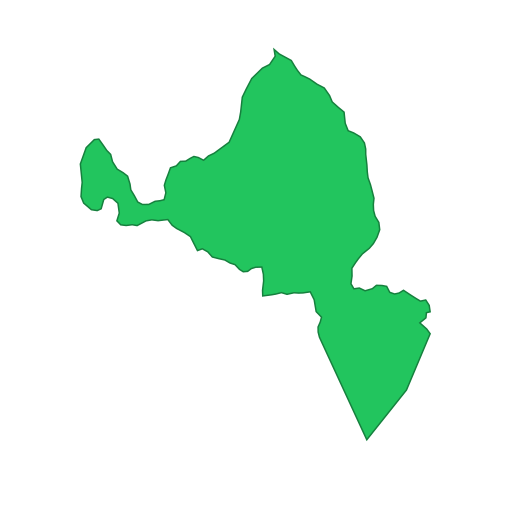 Tavares, Paraíba, Brazil (Equal Earth projection), rotated 170°
{"feature_id": "56859067B5341311253148", "entity_name": "Tavares", "entity_type": "district", "adm_level": 2, "iso_a3": "BRA", "parent_name": "Brazil", "parent_adm1": "Paraíba", "projection": "equal_earth", "projection_center": [-37.87, -7.587], "detail": "fine", "context": "isolated", "style": "filled", "palette": "green", "viewbox_px": 512, "rotation_deg": 170, "n_neighbors": 0, "source": "geoboundaries", "source_scale": "gbopen_adm2", "svg_char_len": 2238}
<svg xmlns="http://www.w3.org/2000/svg" viewBox="0 0 512 512"><g transform="rotate(170 256 256)"><path d="M178.8,55.8L131.1,97.9L98.0,149.2L100.6,154.5L106.3,161.7L99.4,165.6L98.0,170.6L94.2,170.8L94.0,177.3L96.5,183.2L101.9,183.0L105.7,186.3L110.6,190.8L116.7,196.6L121.5,194.7L126.1,194.5L130.6,197.0L132.6,203.4L137.1,205.1L142.5,206.2L147.1,203.6L154.6,202.8L159.8,206.5L165.3,206.7L167.3,212.2L164.9,219.6L163.7,227.3L159.2,232.1L155.7,235.5L150.9,239.6L146.9,241.8L143.1,243.9L138.3,247.8L133.6,253.4L129.6,260.4L129.2,267.7L131.8,274.4L132.3,280.3L131.5,286.4L129.8,292.4L130.3,299.3L130.9,306.4L132.1,313.6L131.8,319.5L131.0,326.3L130.3,337.0L129.4,342.3L129.6,348.5L132.6,355.2L138.4,360.2L143.5,363.4L145.1,371.2L144.3,382.4L149.5,388.5L154.2,394.5L155.7,401.2L159.6,409.6L166.1,414.6L172.4,420.9L176.9,424.2L180.3,426.5L183.0,431.6L185.0,436.3L187.3,442.4L191.3,445.6L198.0,450.9L202.3,456.2L202.4,449.4L209.4,442.2L217.1,439.9L229.4,431.5L236.7,422.0L241.9,414.8L246.1,400.4L248.7,393.3L262.7,372.7L279.3,364.5L285.4,362.8L291.0,359.4L295.7,363.0L299.9,364.8L303.8,363.6L308.8,361.6L314.0,362.3L318.8,358.6L324.9,357.7L328.0,352.3L331.5,346.5L334.0,341.5L333.8,333.9L336.7,327.4L341.0,327.1L345.9,327.4L352.7,325.4L359.0,326.5L363.1,329.7L365.3,336.4L367.8,342.9L367.6,348.7L368.6,356.9L372.4,361.1L377.6,365.6L380.9,373.7L381.5,381.3L384.6,385.8L387.2,391.5L390.5,398.4L395.0,398.7L404.4,392.2L413.0,377.1L414.4,358.6L416.1,352.7L418.0,344.9L416.5,338.0L410.1,330.2L404.5,328.3L400.3,329.4L396.1,338.1L392.1,339.8L387.2,337.5L382.8,331.9L383.2,322.0L386.9,314.8L383.8,310.2L378.6,308.6L372.5,308.3L367.8,306.6L363.1,308.1L358.2,309.7L352.3,309.7L346.3,307.8L340.9,307.5L336.5,307.2L333.2,300.8L329.4,296.9L322.8,291.8L317.2,286.5L315.3,280.1L312.7,271.5L307.6,272.4L302.8,268.5L299.2,262.6L293.0,259.8L287.4,257.5L282.8,253.6L278.1,251.1L274.6,245.7L271.3,242.7L266.9,242.3L262.8,244.4L258.2,245.0L252.2,244.1L251.9,236.8L252.8,230.1L255.5,221.1L256.3,215.5L247.4,215.1L243.0,215.1L237.3,215.5L232.1,212.9L225.0,213.2L220.4,212.1L216.1,211.5L208.8,211.3L206.3,202.9L206.4,190.8L202.1,184.4L204.2,179.8L207.2,175.3L208.0,170.3L207.6,164.9L204.6,153.5L178.8,55.8Z" fill="#22c55e" stroke="#15803d" stroke-width="1.5"/></g></svg>